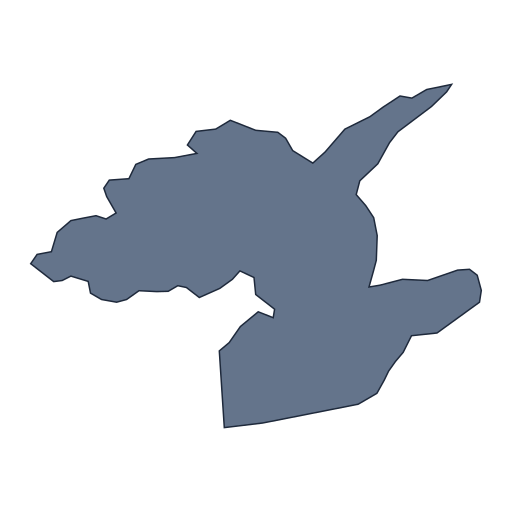 outline of Poço Dantas, Rio Grande do Norte, Brazil
{"feature_id": "56859067B46276558587081", "entity_name": "Poço Dantas", "entity_type": "district", "adm_level": 2, "iso_a3": "BRA", "parent_name": "Brazil", "parent_adm1": "Rio Grande do Norte", "projection": "albers", "projection_center": [-38.522, -6.388], "detail": "fine", "context": "isolated", "style": "filled", "palette": "slate", "viewbox_px": 512, "rotation_deg": 0, "n_neighbors": 0, "source": "geoboundaries", "source_scale": "gbopen_adm2", "svg_char_len": 1207}
<svg xmlns="http://www.w3.org/2000/svg" viewBox="0 0 512 512"><path d="M219.3,350.9L224.3,427.6L262.7,423.0L358.2,404.2L376.9,393.3L384.2,380.2L388.6,371.1L395.5,361.4L403.2,352.3L411.5,335.7L437.0,333.0L479.5,302.2L481.3,290.4L477.2,275.2L469.5,269.3L457.6,270.1L427.6,280.5L402.5,279.3L379.9,285.2L369.0,287.0L373.5,270.9L376.3,260.3L377.2,235.6L373.7,217.7L365.8,205.7L356.2,194.6L359.8,180.8L377.8,163.8L389.5,142.7L397.9,131.8L431.5,106.5L446.6,91.9L451.6,84.4L426.7,89.5L411.9,98.1L400.0,96.0L383.1,107.1L369.9,116.7L344.9,129.1L325.1,152.0L312.8,163.1L292.7,150.6L285.6,138.2L277.8,132.3L255.7,130.3L230.3,120.3L215.7,129.1L196.1,131.4L187.4,145.0L196.9,153.4L174.6,157.6L148.6,159.0L135.8,164.4L128.9,178.7L109.3,180.1L103.8,188.2L106.7,196.6L116.1,213.0L106.1,219.0L96.0,215.7L82.8,218.2L70.9,220.6L57.2,232.4L51.4,251.7L37.1,254.4L30.7,263.7L53.7,281.6L62.2,280.5L70.9,276.1L88.2,281.4L90.5,293.1L101.5,299.5L116.6,302.2L126.6,299.5L139.0,290.7L156.7,291.6L168.2,291.3L177.8,285.7L186.4,287.5L199.3,297.5L219.8,288.4L232.4,279.3L239.9,270.9L254.0,277.5L255.7,294.5L274.6,309.2L273.2,317.7L258.2,311.8L240.4,326.5L229.2,342.6L219.3,350.9Z" fill="#64748b" stroke="#1e293b" stroke-width="1.5"/></svg>